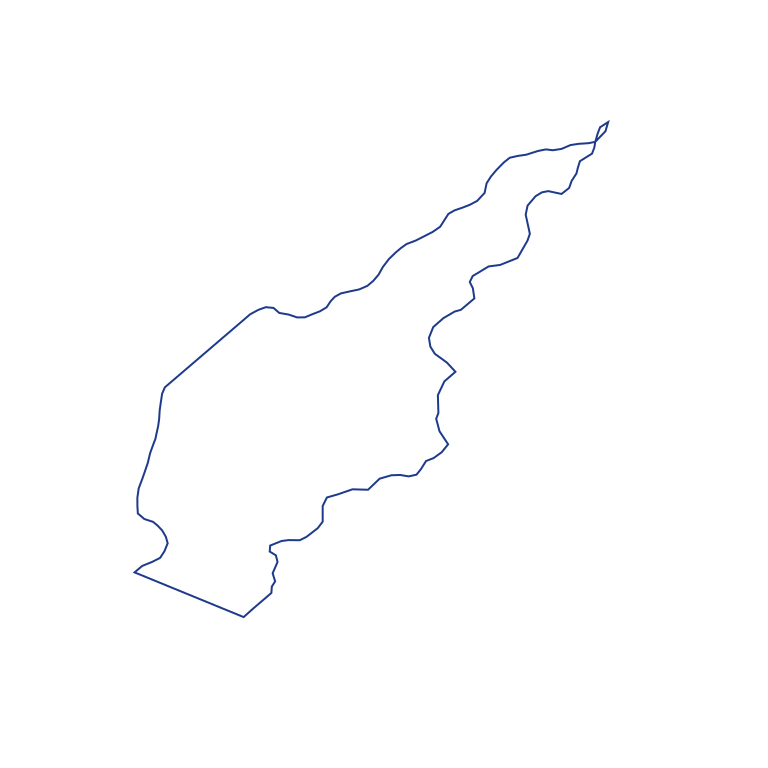 Serra dos Aimorés, Minas Gerais, Brazil, rotated 71°
{"feature_id": "56859067B89940733316213", "entity_name": "Serra dos Aimorés", "entity_type": "district", "adm_level": 2, "iso_a3": "BRA", "parent_name": "Brazil", "parent_adm1": "Minas Gerais", "projection": "orthographic", "projection_center": [-40.28, -17.754], "detail": "fine", "context": "isolated", "style": "outline", "palette": "blue", "viewbox_px": 768, "rotation_deg": 71, "n_neighbors": 0, "source": "geoboundaries", "source_scale": "gbopen_adm2", "svg_char_len": 1986}
<svg xmlns="http://www.w3.org/2000/svg" viewBox="0 0 768 768"><g transform="rotate(71 384 384)"><path d="M429.1,342.0L412.1,336.7L401.2,326.1L395.7,312.5L384.3,317.5L372.0,326.1L363.8,328.0L355.0,326.5L346.2,318.9L341.1,306.5L338.5,293.6L338.9,287.2L332.5,270.7L322.4,268.8L315.5,269.7L310.8,265.0L306.9,246.8L309.2,235.6L308.3,216.7L295.2,201.7L289.5,197.2L270.0,194.9L262.1,190.2L255.8,179.6L254.2,172.3L255.1,165.9L262.1,154.3L258.9,145.1L253.0,140.4L247.6,133.5L242.5,130.2L237.1,126.2L233.9,112.3L229.0,108.2L223.8,105.4L222.9,112.2L220.3,121.7L218.8,129.8L219.5,139.7L217.9,148.4L214.9,154.5L213.8,162.6L213.5,174.9L211.9,183.3L211.0,191.5L213.5,198.5L218.3,208.1L222.6,215.3L227.6,221.6L236.1,226.7L241.2,236.3L242.5,244.6L242.8,252.2L242.8,260.8L244.1,267.7L248.6,273.4L253.6,279.7L256.1,288.7L257.4,298.0L258.7,307.3L259.0,317.1L260.9,323.5L263.4,330.0L267.4,338.6L273.0,347.0L278.9,353.6L283.0,360.6L285.8,367.8L286.5,376.7L285.3,386.2L284.3,395.3L285.5,402.1L288.3,407.4L292.8,413.3L294.4,420.9L294.7,429.2L295.2,437.1L292.8,444.4L287.4,451.4L282.7,459.9L276.1,463.7L272.9,470.7L273.0,478.7L274.5,487.8L315.8,592.3L321.0,597.0L328.7,601.0L335.7,604.6L343.9,608.0L350.2,611.2L355.6,614.5L361.3,617.9L367.2,622.8L373.3,627.7L381.8,633.1L388.5,638.3L395.0,643.4L402.8,649.9L411.4,654.3L419.1,656.9L426.3,658.9L433.6,654.6L439.2,647.2L444.5,644.0L450.3,641.4L457.5,640.0L464.2,640.4L470.7,646.1L475.5,652.3L476.7,660.9L477.3,671.9L480.9,681.2L558.7,592.6L553.8,581.0L544.9,558.5L539.0,556.0L535.2,551.2L526.7,550.9L517.6,542.6L510.8,542.0L505.2,546.6L499.7,544.2L499.1,532.0L500.5,525.1L504.3,514.5L503.3,507.1L498.7,493.5L494.2,486.8L479.4,481.7L472.7,474.9L473.3,464.0L473.3,448.1L478.8,433.5L472.1,419.0L472.7,406.7L475.3,398.3L479.4,390.7L480.3,382.8L476.6,376.9L470.5,369.3L470.2,361.3L467.3,351.7L461.9,343.0L446.8,346.9L433.9,346.0L429.1,342.0ZM209.3,86.8L211.6,96.1L216.6,100.3L223.8,105.4L217.1,92.3L209.3,86.8Z" fill="none" stroke="#1e3a8a" stroke-width="2"/></g></svg>